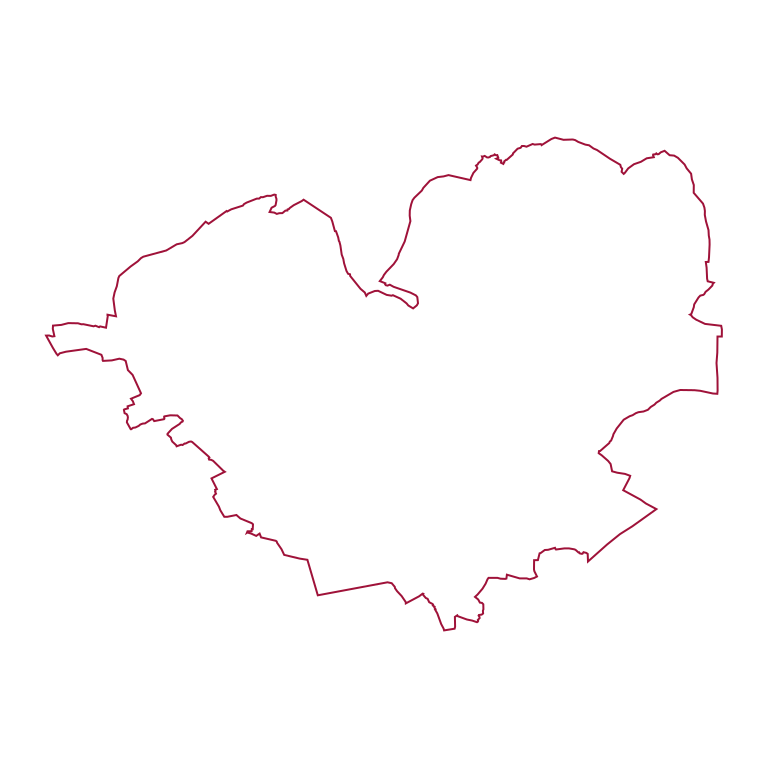 Hodod, Satu Mare, Romania
{"feature_id": "2599482B11303737226697", "entity_name": "Hodod", "entity_type": "district", "adm_level": 2, "iso_a3": "ROU", "parent_name": "Romania", "parent_adm1": "Satu Mare", "projection": "equal_earth", "projection_center": [23.05, 47.398], "detail": "fine", "context": "isolated", "style": "outline", "palette": "rose", "viewbox_px": 768, "rotation_deg": 0, "n_neighbors": 0, "source": "geoboundaries", "source_scale": "gbopen_adm2", "svg_char_len": 6107}
<svg xmlns="http://www.w3.org/2000/svg" viewBox="0 0 768 768"><path d="M454.6,628.7L455.1,626.7L454.9,616.9L457.3,615.3L457.8,616.2L466.9,619.5L472.3,620.6L477.0,622.2L477.8,621.7L478.2,620.9L477.8,620.0L479.6,618.1L479.5,617.0L478.6,615.6L478.9,615.0L481.7,614.6L483.1,613.5L482.9,610.8L483.4,609.3L483.3,604.3L482.0,602.9L479.9,602.6L478.2,599.5L475.0,596.9L477.6,594.5L482.5,588.7L485.6,583.7L487.5,579.3L488.5,577.9L497.6,577.9L500.6,578.7L505.3,578.9L506.4,578.6L506.9,574.7L519.7,578.4L526.7,578.4L529.6,579.3L534.1,578.0L537.0,576.5L534.4,571.3L534.0,569.5L534.1,560.2L537.9,560.1L539.6,553.3L540.7,553.0L544.8,550.0L548.1,549.8L555.0,547.8L555.7,549.4L556.1,549.5L564.4,548.4L569.0,548.4L574.2,549.3L575.5,549.8L578.4,552.4L579.1,552.3L579.6,553.3L581.5,553.8L582.5,553.7L583.5,552.2L586.3,552.9L587.7,553.9L588.0,561.5L607.1,544.5L620.0,534.1L632.5,526.2L656.4,509.1L645.9,503.5L640.5,499.6L623.2,490.2L629.5,478.1L630.2,475.8L625.0,473.9L617.2,472.7L612.1,471.3L610.6,464.0L608.1,460.9L601.6,455.2L598.7,453.2L599.0,451.1L600.1,451.0L609.3,443.0L609.8,441.6L611.1,440.6L613.0,436.0L613.4,434.3L616.7,428.5L623.7,419.7L629.7,416.2L632.6,415.2L635.8,413.2L638.4,412.2L643.5,411.5L647.9,409.8L650.7,407.0L654.5,404.6L656.3,402.7L659.7,400.6L661.5,398.9L673.5,391.9L680.2,390.0L694.5,390.2L700.3,390.8L712.9,393.5L717.3,393.8L717.6,390.7L717.5,377.9L716.5,363.0L717.3,352.6L717.5,336.5L721.8,336.5L721.9,329.4L721.2,325.8L705.0,323.9L696.2,319.7L692.7,317.3L690.9,315.0L690.1,314.6L691.3,314.0L693.8,307.2L694.2,304.4L698.5,297.5L700.3,295.6L703.3,294.9L704.2,294.2L705.6,291.8L708.4,289.6L712.3,285.6L712.8,283.9L713.8,282.8L707.7,281.3L707.1,278.7L706.6,267.7L705.8,262.0L708.5,261.9L709.0,257.5L709.6,244.6L709.5,239.6L708.8,235.6L708.5,230.1L706.0,221.4L704.8,214.9L704.9,211.0L704.4,207.6L703.0,203.6L693.7,192.8L693.8,185.0L691.9,179.4L691.1,173.7L686.7,168.4L684.6,164.5L677.9,157.8L674.1,155.6L669.6,155.2L664.6,150.8L660.8,152.3L658.7,154.1L657.4,154.3L656.3,153.4L655.6,154.2L653.2,154.5L653.0,155.1L653.8,157.2L646.7,158.3L640.9,161.8L634.0,164.2L628.2,168.4L624.9,172.8L623.7,173.9L621.6,171.8L622.2,168.7L620.9,167.1L620.3,164.8L609.9,158.7L597.0,150.0L593.5,148.5L589.1,145.3L585.3,144.6L578.2,141.9L575.2,140.1L572.8,139.5L563.5,139.8L555.0,137.6L551.4,139.0L541.6,145.1L541.3,144.3L540.6,144.1L534.7,144.6L532.6,144.0L526.5,146.7L524.1,146.0L521.9,146.0L520.6,147.8L517.6,148.7L513.0,153.4L512.8,154.5L506.7,159.9L506.1,159.8L504.2,161.4L504.2,162.6L503.6,162.9L503.3,163.9L500.9,162.7L501.3,161.4L501.0,160.3L499.6,160.3L496.3,158.7L498.3,157.8L497.3,155.1L496.2,155.3L494.6,154.4L494.0,155.2L490.6,156.1L489.9,157.0L488.3,157.5L487.0,157.4L484.7,155.9L482.9,156.6L482.0,156.5L482.6,158.3L482.3,159.2L479.7,162.1L478.7,162.6L477.6,164.5L476.0,165.6L477.2,167.5L477.2,168.6L473.4,172.9L471.0,177.9L470.5,180.1L448.5,175.1L443.6,176.4L437.7,177.1L429.9,180.7L423.4,187.8L421.8,190.6L414.4,197.7L412.6,200.1L411.2,204.2L409.8,210.5L409.7,215.7L410.4,221.1L404.7,241.5L398.8,253.8L398.7,254.9L397.1,259.2L393.7,264.1L386.4,271.7L383.9,275.0L382.8,277.3L379.8,281.1L385.4,283.3L385.1,284.3L385.8,285.2L387.5,285.6L389.8,284.7L393.6,286.8L410.4,292.6L415.9,295.4L417.3,297.1L418.0,303.3L416.8,305.4L413.1,308.4L408.3,305.5L406.6,303.4L400.6,298.7L392.9,295.2L391.6,295.7L386.7,294.9L378.1,290.8L374.8,291.0L368.2,293.6L366.3,295.9L364.8,292.5L360.5,288.8L350.2,276.0L350.0,274.3L348.1,273.8L346.5,271.0L344.1,263.3L343.3,258.9L341.7,254.6L340.4,245.5L339.4,241.6L338.9,241.0L338.2,237.4L336.0,231.2L334.9,231.1L332.3,221.5L330.9,217.8L303.6,199.7L301.7,201.1L293.7,205.2L289.6,208.1L289.0,209.0L287.6,209.4L287.4,210.5L285.4,210.6L282.4,213.1L279.2,213.2L276.8,213.9L274.3,212.6L269.6,212.0L271.6,207.7L274.9,206.0L275.6,205.1L276.5,200.2L276.4,198.7L275.7,196.7L275.7,194.9L274.2,194.6L270.8,195.9L267.1,195.8L262.9,197.2L260.9,197.1L259.1,198.6L256.8,198.6L246.6,202.6L244.0,204.1L242.9,205.6L231.3,209.3L227.2,211.5L226.6,211.0L208.6,223.8L205.6,221.7L192.4,235.9L184.5,242.1L182.3,243.1L176.7,244.3L166.2,250.5L143.3,256.7L141.0,258.1L137.8,261.3L130.6,266.5L119.3,276.0L118.4,278.0L116.8,286.3L114.6,292.4L113.3,298.6L114.8,310.3L116.0,316.3L107.5,314.7L107.5,315.1L107.9,315.2L106.0,327.7L100.1,326.4L99.1,327.2L95.4,325.7L93.6,326.3L83.4,324.2L81.4,324.3L78.1,323.3L68.3,323.1L61.3,324.9L53.0,325.6L52.8,328.9L54.4,336.2L52.3,336.5L49.1,335.5L46.1,335.6L52.9,347.9L56.5,353.8L57.8,355.3L59.8,353.3L66.0,351.7L86.2,348.9L101.4,354.8L102.6,357.9L102.6,360.1L103.0,360.9L111.8,360.4L119.3,358.7L123.6,359.6L125.7,361.0L127.9,370.1L132.6,374.9L141.0,393.3L139.7,395.1L131.0,398.7L132.9,401.3L134.0,404.2L127.6,406.3L127.9,408.4L124.2,409.4L123.9,409.8L124.6,413.2L126.6,414.1L127.6,415.8L127.9,417.4L127.6,419.6L127.0,420.8L126.9,422.4L130.7,429.2L131.3,429.2L133.0,427.8L135.4,427.5L138.7,425.9L140.3,424.5L142.7,423.6L145.0,423.4L152.0,418.9L152.9,419.2L154.2,421.1L164.0,419.2L164.4,418.7L164.1,416.8L164.3,416.4L170.2,415.3L177.5,415.5L180.2,418.2L181.7,419.1L182.9,420.8L182.6,421.5L180.8,422.5L179.7,423.9L172.0,428.9L168.3,432.9L167.4,434.1L167.5,434.7L170.9,437.6L171.3,439.5L172.3,441.6L176.2,445.2L176.6,446.3L181.1,444.7L182.6,445.0L184.6,443.5L185.7,443.5L189.0,441.8L191.0,441.5L192.2,442.0L208.8,456.7L209.4,457.5L208.7,458.3L209.1,459.6L211.1,459.8L213.1,460.8L223.2,470.7L224.8,471.8L211.5,478.4L216.9,489.1L215.1,489.8L215.5,491.2L215.1,491.7L216.0,493.7L214.8,494.6L213.2,496.9L218.9,506.6L220.4,510.4L224.3,516.8L227.3,516.8L236.4,515.0L240.4,518.5L251.8,523.2L253.0,524.3L252.7,529.2L251.8,529.1L251.6,531.2L247.5,531.3L246.9,532.8L247.4,532.5L251.2,533.6L256.2,535.9L259.6,533.6L261.1,537.4L275.8,540.8L276.7,541.5L277.1,542.8L281.5,549.2L284.2,554.9L299.7,558.6L307.4,559.8L317.8,595.3L387.5,582.3L391.7,583.2L394.8,586.9L395.0,588.2L397.1,591.2L401.6,596.0L405.7,602.0L405.8,603.4L419.1,596.3L422.7,593.6L423.3,593.8L422.9,594.6L425.8,598.0L427.6,598.8L429.2,602.2L432.6,604.0L433.1,604.7L432.8,605.5L434.6,606.7L434.3,607.4L435.5,609.1L435.0,609.4L437.3,613.4L441.2,624.1L443.6,628.6L444.1,630.4L454.6,628.7Z" fill="none" stroke="#9f1239" stroke-width="2"/></svg>